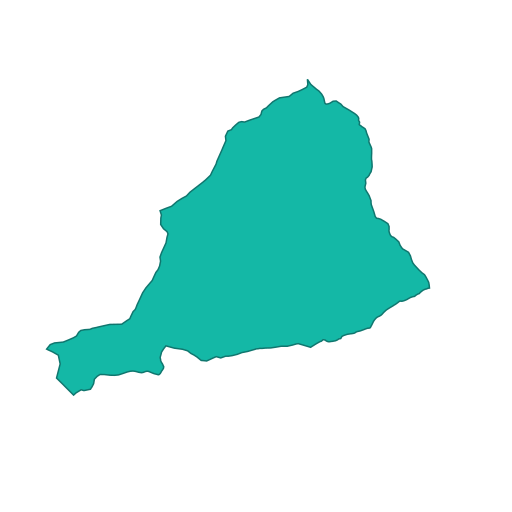 outline of Namgyel Chhoeling, Samchi, Bhutan, rotated 16°
{"feature_id": "84629894B20961407724011", "entity_name": "Namgyel Chhoeling", "entity_type": "district", "adm_level": 2, "iso_a3": "BTN", "parent_name": "Bhutan", "parent_adm1": "Samchi", "projection": "robinson", "projection_center": [88.995, 27.065], "detail": "fine", "context": "isolated", "style": "filled", "palette": "teal", "viewbox_px": 512, "rotation_deg": 16, "n_neighbors": 0, "source": "geoboundaries", "source_scale": "gbopen_adm2", "svg_char_len": 4937}
<svg xmlns="http://www.w3.org/2000/svg" viewBox="0 0 512 512"><g transform="rotate(16 256 256)"><path d="M80.4,403.2L81.9,403.5L86.6,404.2L93.3,405.8L97.5,413.7L97.9,428.3L104.5,431.9L119.0,440.0L120.8,437.1L124.8,432.8L127.7,432.8L133.6,429.7L133.9,428.5L134.4,427.1L135.1,423.5L134.6,419.0L136.5,415.4L138.7,412.9L143.1,411.7L148.6,410.8L152.8,409.7L156.4,408.3L157.2,407.8L160.6,405.5L164.3,402.9L167.0,401.4L169.4,400.5L171.4,400.2L172.9,400.1L175.1,400.1L177.0,399.9L178.3,399.7L179.8,398.9L181.6,397.5L182.8,396.9L183.9,396.6L185.1,396.6L187.6,396.9L190.4,397.2L193.2,397.1L194.8,397.1L195.5,396.7L195.9,396.0L196.4,395.3L196.6,394.2L196.9,393.4L197.0,392.5L197.4,391.6L198.0,389.6L197.9,388.4L197.7,387.6L197.0,387.0L196.5,386.3L195.8,385.5L194.1,384.0L193.1,382.7L192.7,381.5L191.9,380.3L191.8,378.9L191.8,376.9L191.7,374.4L192.1,373.0L192.9,370.4L194.2,367.2L202.9,367.1L211.1,365.9L216.4,366.0L220.3,367.6L223.7,368.3L227.0,369.3L232.1,371.5L235.1,370.9L237.5,370.5L243.1,365.7L245.5,363.7L250.2,363.7L254.4,360.7L257.1,359.9L260.6,358.3L265.1,355.7L269.1,352.7L274.2,350.1L278.3,347.5L280.9,345.9L281.6,345.3L283.7,344.5L285.2,343.7L287.2,343.2L290.4,341.9L295.5,340.3L300.3,338.1L305.1,335.8L311.0,334.1L315.7,331.5L319.0,329.4L320.8,328.6L324.7,328.6L333.7,328.7L334.5,327.7L335.3,326.8L336.1,326.0L336.8,325.1L337.6,324.3L338.4,323.4L339.0,322.8L341.1,320.7L342.4,319.8L343.5,318.0L344.3,317.8L346.0,317.8L346.9,318.3L349.0,318.5L350.7,318.0L351.6,317.5L352.7,317.1L353.7,316.6L354.7,316.1L355.7,315.6L356.6,314.9L357.5,314.1L358.4,312.9L359.3,312.5L360.2,312.0L360.5,310.9L360.7,309.7L361.5,308.9L362.4,308.1L363.3,307.5L364.3,306.8L365.2,306.2L366.2,305.7L367.3,305.2L368.3,304.7L369.4,304.3L370.4,303.8L371.4,303.3L372.3,302.6L373.0,301.7L373.9,300.9L374.8,300.4L375.9,299.8L376.8,299.3L377.8,298.6L378.7,297.9L379.6,297.3L380.5,296.6L381.4,295.9L382.4,295.2L383.3,294.6L384.5,294.2L385.4,293.7L385.8,292.7L386.0,291.5L386.3,290.3L386.5,289.1L386.7,288.0L386.9,286.8L387.2,285.7L387.6,284.6L388.1,283.5L388.6,282.5L389.3,281.5L390.1,280.7L391.0,280.0L391.8,279.2L392.6,278.3L393.2,277.3L393.7,276.3L394.2,275.2L394.8,274.2L395.4,273.2L396.0,272.2L396.7,271.3L397.5,270.4L398.2,269.6L399.0,268.7L399.8,267.9L400.6,267.0L401.4,266.2L402.1,265.3L402.9,264.5L403.7,263.6L404.4,262.7L405.1,261.8L405.8,260.8L406.5,259.9L407.5,259.5L408.6,259.3L409.6,258.8L410.6,258.2L411.5,257.5L412.4,256.8L413.3,256.0L414.1,255.1L414.9,254.3L415.7,253.5L416.6,252.8L417.5,252.2L418.5,251.6L419.6,251.1L420.2,250.1L420.8,249.3L421.8,248.2L422.6,247.6L423.4,247.0L423.9,245.7L424.4,245.1L425.0,244.2L425.6,243.4L426.4,242.4L427.1,241.9L427.9,241.2L428.6,240.9L429.3,240.4L430.1,239.7L430.9,239.3L431.6,239.0L430.3,235.8L429.3,233.8L427.7,232.0L425.1,229.3L423.1,227.5L420.1,226.4L416.3,224.4L410.7,221.0L408.6,219.4L406.3,216.4L404.4,213.3L401.6,210.4L394.9,208.7L393.3,207.5L391.5,205.9L389.4,203.1L385.7,201.2L383.1,200.1L381.7,200.1L380.4,199.6L379.1,198.6L377.9,197.0L376.9,195.3L376.6,193.7L375.8,191.0L373.9,188.6L370.4,187.5L365.8,186.3L363.2,186.2L361.5,186.5L359.7,185.2L358.4,183.1L357.0,180.9L352.7,174.9L351.9,173.1L351.3,171.1L348.1,166.8L345.8,164.6L344.2,163.2L342.7,161.7L341.7,159.8L341.5,155.8L340.2,152.7L340.4,150.7L341.5,149.5L342.5,147.3L342.7,145.7L343.4,143.3L343.1,138.4L342.5,136.5L341.9,134.8L341.2,132.9L340.4,131.3L339.9,129.6L339.4,127.7L338.9,125.5L337.6,121.0L336.8,119.7L334.5,117.0L333.1,115.3L332.5,112.6L328.5,107.4L327.1,105.1L325.7,103.6L323.9,103.0L321.8,102.4L320.7,101.8L319.7,101.6L319.0,101.2L318.7,98.8L317.2,97.3L316.8,95.4L316.1,94.4L314.0,92.9L311.6,91.9L305.1,90.0L298.5,88.4L295.7,86.6L292.7,85.7L290.3,84.9L287.4,86.0L285.0,88.7L283.5,89.8L281.6,90.7L280.1,90.1L279.0,88.1L277.7,85.7L276.6,84.3L274.5,82.3L271.1,80.1L268.3,79.1L265.5,77.8L263.6,77.0L261.3,75.9L256.7,72.0L258.6,77.0L258.2,79.8L254.3,83.5L251.2,86.2L246.8,89.3L243.9,93.5L237.0,96.6L235.0,97.5L231.2,101.4L229.6,103.2L226.5,108.3L225.2,110.7L222.8,112.9L221.7,114.9L221.7,116.2L221.8,118.6L220.5,121.6L218.9,122.7L212.4,127.2L208.1,130.4L205.1,130.8L202.7,132.2L201.9,133.3L200.2,135.9L198.3,139.2L197.5,141.4L194.5,143.7L193.6,149.3L195.3,153.4L194.2,161.7L194.1,162.8L192.3,175.6L192.3,178.7L190.7,186.5L190.0,190.9L186.5,196.9L183.2,201.6L179.3,206.9L175.0,212.8L172.6,217.5L168.9,221.1L165.2,225.2L161.1,231.5L156.7,234.7L151.3,238.9L153.8,242.7L154.1,245.8L155.7,252.0L159.6,255.3L163.8,257.1L165.3,259.0L165.3,262.5L165.9,268.2L164.3,278.8L164.0,283.5L165.7,287.3L166.1,292.2L165.6,296.1L164.3,299.4L163.7,303.2L163.5,304.5L163.0,308.1L159.0,316.9L157.2,322.6L155.9,331.1L155.2,335.4L154.9,339.0L154.6,340.8L153.2,343.3L152.3,348.6L152.0,351.1L149.7,353.7L145.7,358.6L134.3,362.1L129.5,364.7L123.3,368.1L122.7,368.5L118.5,370.7L116.6,372.3L111.6,374.1L108.1,375.9L106.6,378.2L105.5,382.4L103.1,384.9L99.0,388.3L94.4,391.9L86.3,395.1L82.6,397.9L80.4,403.2Z" fill="#14b8a6" stroke="#0f766e" stroke-width="1.5"/></g></svg>